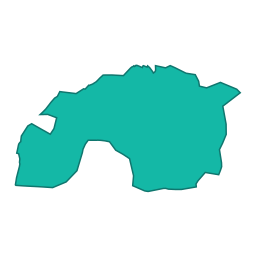 Kwami, Gombe, Nigeria, rotated 181°
{"feature_id": "59680162B2944873791560", "entity_name": "Kwami", "entity_type": "district", "adm_level": 2, "iso_a3": "NGA", "parent_name": "Nigeria", "parent_adm1": "Gombe", "projection": "mercator", "projection_center": [11.234, 10.491], "detail": "fine", "context": "isolated", "style": "filled", "palette": "teal", "viewbox_px": 256, "rotation_deg": 181, "n_neighbors": 0, "source": "geoboundaries", "source_scale": "gbopen_adm2", "svg_char_len": 2215}
<svg xmlns="http://www.w3.org/2000/svg" viewBox="0 0 256 256"><g transform="rotate(181 128 128)"><path d="M239.1,68.7L235.2,68.5L231.5,68.3L225.9,68.1L217.0,67.8L210.2,67.5L202.3,67.1L188.9,73.0L178.3,84.4L173.2,102.6L172.6,106.0L170.4,111.1L167.9,114.7L167.6,115.1L159.2,115.2L158.1,115.3L157.9,115.3L155.0,115.2L151.0,114.8L146.2,113.9L139.9,105.6L133.0,101.9L125.9,97.4L121.6,80.3L122.0,74.8L122.3,70.4L118.9,69.0L110.2,65.4L106.8,64.9L91.6,68.2L89.2,68.3L86.6,67.6L79.7,67.4L73.5,67.5L58.7,70.3L59.0,73.3L57.0,76.6L50.0,84.9L36.5,82.9L34.8,87.4L33.7,90.9L33.9,94.9L36.2,108.0L33.2,114.4L29.7,123.3L30.0,133.6L33.6,151.5L16.4,165.2L20.0,168.7L36.4,175.2L50.1,169.5L57.3,171.1L58.2,176.0L61.7,182.5L71.0,183.8L82.1,189.1L84.9,190.3L86.9,191.1L91.5,188.8L101.6,190.8L101.6,190.3L101.4,187.2L101.5,185.9L101.8,185.1L102.3,184.4L103.6,183.4L104.3,184.7L107.2,188.5L107.6,188.9L108.3,189.5L109.5,190.5L110.0,189.2L112.2,190.0L113.1,190.4L113.8,190.6L114.0,190.5L114.8,188.7L115.1,188.9L115.4,189.0L115.6,189.0L115.8,189.0L116.1,189.2L116.2,189.3L116.3,189.3L116.6,189.4L116.9,189.5L117.1,189.6L117.3,189.7L117.4,189.8L117.8,189.9L118.0,190.0L118.3,190.1L118.5,190.2L118.8,190.3L119.1,190.4L119.3,190.4L119.4,190.5L119.6,190.6L119.9,190.7L120.1,190.7L120.2,190.8L120.5,190.8L120.9,190.8L121.0,190.8L121.1,190.6L121.4,190.5L121.5,190.5L121.5,190.3L121.5,190.2L121.9,190.0L122.0,190.1L122.3,190.1L122.5,190.1L122.5,189.9L122.4,189.7L122.5,189.6L122.8,189.8L123.2,189.8L123.4,190.0L123.5,190.1L123.8,189.7L125.4,189.0L126.5,188.0L133.5,180.3L136.7,180.4L145.1,180.7L153.8,180.5L157.0,177.5L159.3,175.0L160.7,173.6L164.2,171.3L167.9,169.8L168.1,170.0L170.3,167.5L170.4,167.4L171.4,166.2L171.7,166.2L173.1,166.4L180.5,161.5L194.2,162.9L196.8,163.2L198.6,159.5L199.2,158.3L201.9,156.6L205.5,152.3L210.4,145.7L213.7,142.2L216.1,139.9L208.5,140.2L199.5,137.0L202.0,126.1L205.6,120.4L205.8,120.5L215.8,125.9L224.4,130.6L228.2,128.3L234.5,118.1L234.5,117.9L234.8,115.3L235.0,112.6L235.0,112.4L235.8,111.8L237.0,110.0L237.5,107.7L237.6,106.9L238.8,100.9L236.9,100.4L235.6,95.2L235.9,91.8L235.5,90.1L235.9,87.5L237.1,82.6L238.6,76.3L239.0,73.2L239.6,69.2L239.1,68.7Z" fill="#14b8a6" stroke="#0f766e" stroke-width="1.5"/></g></svg>